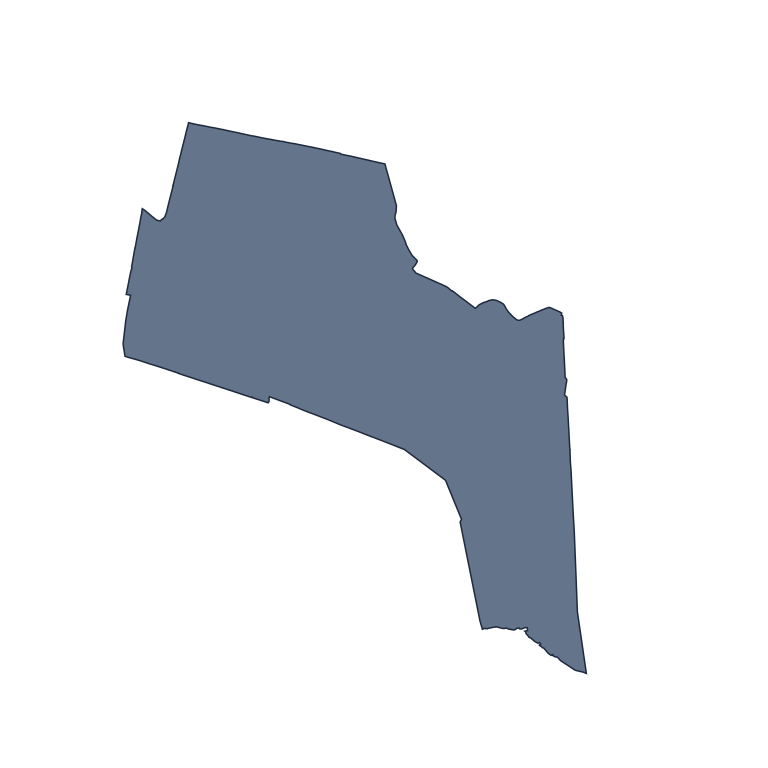 outline of General Escobedo, Nuevo León, Mexico, rotated 199°
{"feature_id": "50627088B66612290562177", "entity_name": "General Escobedo", "entity_type": "district", "adm_level": 2, "iso_a3": "MEX", "parent_name": "Mexico", "parent_adm1": "Nuevo León", "projection": "mercator", "projection_center": [-100.353, 25.83], "detail": "fine", "context": "isolated", "style": "filled", "palette": "slate", "viewbox_px": 768, "rotation_deg": 199, "n_neighbors": 0, "source": "geoboundaries", "source_scale": "gbopen_adm2", "svg_char_len": 6049}
<svg xmlns="http://www.w3.org/2000/svg" viewBox="0 0 768 768"><g transform="rotate(199 384 384)"><path d="M98.4,176.2L126.9,231.4L156.2,306.8L162.8,322.8L177.3,358.9L177.5,359.5L179.4,364.1L181.3,368.4L183.4,373.5L186.6,382.0L186.6,382.5L186.8,382.8L187.0,382.9L187.5,383.9L195.1,402.7L195.5,403.6L199.5,413.5L202.1,419.6L205.6,428.6L206.7,431.1L206.9,431.2L207.1,431.3L209.1,432.1L209.4,432.2L209.6,432.5L209.8,432.8L210.9,438.8L211.4,441.1L212.2,446.2L212.5,447.3L212.7,447.7L213.2,448.2L214.6,448.9L214.8,449.1L215.0,449.5L217.3,455.4L219.9,461.9L226.1,477.2L228.5,483.3L228.5,483.7L229.0,485.5L228.6,485.7L229.0,486.7L229.8,488.6L231.5,492.6L233.1,496.5L234.3,499.7L234.2,499.7L234.7,500.8L236.5,505.2L236.8,505.7L237.5,506.7L238.7,506.7L239.0,508.9L240.5,509.2L241.2,509.4L241.5,509.4L242.3,509.5L242.8,509.5L244.7,509.7L246.5,509.8L249.3,510.1L249.7,510.2L251.0,510.2L251.4,510.3L252.2,510.2L253.0,510.1L253.4,509.9L254.0,509.3L254.3,509.1L254.7,508.9L255.0,508.6L255.3,508.4L256.0,507.9L256.3,507.6L256.6,507.3L256.9,507.0L257.2,506.7L257.5,506.5L258.1,506.0L258.4,505.7L258.8,505.5L259.1,505.2L259.4,504.9L260.3,504.0L260.8,503.5L262.4,502.2L263.2,501.5L263.4,501.2L263.7,501.0L264.0,500.8L264.2,500.5L264.5,500.1L264.8,499.9L265.5,499.4L265.8,499.2L266.1,498.9L266.4,498.6L266.7,498.3L267.6,497.5L268.2,496.9L268.6,496.7L268.9,496.4L269.2,496.1L269.6,495.4L270.1,494.8L270.4,494.5L271.4,493.7L272.5,492.5L273.1,491.9L273.6,491.2L274.2,490.6L274.4,490.3L275.1,489.8L275.4,489.5L275.6,489.2L275.9,488.9L276.3,488.6L276.6,488.4L277.4,488.1L277.7,488.0L278.6,487.9L279.7,488.0L280.0,488.1L280.4,488.3L280.7,488.4L281.4,488.6L282.2,489.0L283.0,489.2L283.4,489.3L283.7,489.5L284.1,489.7L284.8,490.1L285.6,490.3L286.6,491.0L287.0,491.1L287.7,491.5L288.1,491.7L290.2,492.9L290.6,493.2L291.2,493.7L291.9,494.1L292.3,494.4L292.9,494.9L293.2,495.1L293.5,495.4L293.8,495.7L294.1,496.0L294.4,496.3L295.6,497.4L296.3,497.9L296.6,498.1L297.0,498.4L298.1,498.7L299.0,498.9L299.3,499.0L299.7,499.1L300.2,499.2L300.6,499.2L301.8,499.3L303.0,499.5L304.3,499.6L304.7,499.6L305.5,499.6L305.9,499.6L306.7,499.4L307.5,499.3L307.9,499.2L308.3,499.1L309.5,498.6L309.8,498.4L310.5,498.0L311.2,497.6L311.6,497.3L312.0,497.0L312.8,496.3L313.4,495.7L313.7,495.4L314.0,495.2L315.7,493.9L316.0,493.7L317.0,492.9L317.8,491.9L318.1,491.7L318.7,491.1L319.5,490.2L319.8,489.9L320.6,488.4L320.9,487.6L321.4,486.6L321.8,486.1L322.3,485.3L330.7,488.0L333.5,489.0L335.2,489.5L339.9,491.0L343.5,492.3L345.2,492.8L345.8,493.1L347.4,493.6L349.7,494.3L349.8,494.1L351.7,494.5L352.6,495.0L353.7,495.4L353.9,495.5L355.5,496.1L355.8,496.1L356.7,496.3L357.0,496.4L357.8,496.5L360.2,496.7L382.8,498.7L390.0,499.3L392.2,500.8L393.5,501.4L394.2,501.9L394.7,502.6L393.1,507.1L392.6,509.5L392.4,510.8L393.2,511.8L394.4,512.3L399.2,514.7L403.8,518.5L407.9,522.5L411.0,526.5L415.4,531.2L423.7,538.6L427.7,544.4L428.5,547.5L428.6,550.6L430.3,556.7L454.8,592.4L461.4,591.6L468.8,590.8L488.8,588.7L489.0,588.7L490.2,588.5L494.8,587.9L499.6,587.3L499.9,587.6L500.1,587.7L500.5,587.8L508.3,586.9L508.3,587.0L509.1,586.9L510.2,586.7L515.1,586.1L520.1,585.6L520.3,585.6L545.4,582.3L548.1,581.9L551.0,581.3L553.0,581.1L554.5,580.8L557.0,580.6L558.0,580.5L559.1,580.3L560.7,579.9L562.8,579.6L564.5,579.3L567.2,578.9L571.5,578.3L573.1,578.0L577.2,577.4L579.2,577.1L585.0,576.4L587.9,576.0L590.6,575.5L604.6,573.9L610.0,573.2L615.8,572.5L618.7,572.2L621.4,571.8L624.5,571.4L627.5,571.0L630.5,570.5L637.0,569.6L638.3,569.5L644.5,568.5L649.5,567.9L653.9,567.5L653.9,567.1L653.8,566.4L653.7,566.2L653.1,557.9L652.6,553.1L652.6,552.8L652.3,549.5L652.3,549.2L651.9,544.8L651.9,544.5L651.5,539.7L651.3,537.6L651.2,537.3L650.7,530.6L650.1,525.6L649.2,515.4L648.1,502.5L647.9,502.6L647.2,494.1L646.8,489.1L645.5,474.5L645.5,474.2L645.5,473.8L645.6,473.5L645.6,471.1L646.0,469.8L646.3,469.0L647.2,467.7L647.7,467.3L647.9,467.0L648.8,465.1L650.2,465.1L650.5,465.1L650.9,465.1L651.4,465.0L651.8,465.1L652.2,465.0L652.6,465.0L653.2,465.2L654.0,465.5L654.3,465.6L654.8,465.8L655.8,466.2L656.6,466.5L657.1,466.6L660.2,467.8L662.3,468.7L663.5,469.1L664.6,469.5L666.0,470.1L669.6,471.1L669.5,469.9L669.2,468.8L669.0,467.6L669.0,467.4L668.8,467.1L668.7,467.0L668.5,466.7L668.6,465.9L668.4,464.0L668.1,461.7L667.5,458.3L667.3,457.1L667.0,454.8L666.7,452.5L666.5,451.3L665.6,445.0L665.5,444.0L665.0,440.5L664.1,435.0L664.0,433.8L663.8,432.7L663.6,431.5L663.8,431.5L660.8,412.8L660.4,411.7L660.0,411.3L660.0,410.5L660.2,410.0L659.7,405.2L659.0,399.8L658.6,397.3L658.2,394.4L656.9,384.8L652.5,385.4L650.5,369.9L648.8,359.7L643.8,337.2L642.9,335.2L637.9,325.9L635.1,325.9L631.6,326.1L628.7,326.3L622.6,326.6L622.0,326.6L613.5,326.7L599.3,327.1L581.9,327.3L581.9,327.1L581.6,327.1L576.0,327.1L567.9,327.3L563.9,327.3L560.0,327.4L558.0,327.4L545.5,327.6L517.9,328.0L507.6,328.1L505.4,328.2L504.7,328.7L504.5,328.2L487.4,328.5L487.2,328.8L487.1,329.3L487.0,329.9L487.1,330.3L488.3,334.0L488.3,334.5L488.1,334.7L487.7,334.7L481.6,334.5L467.8,334.2L467.3,334.3L466.8,334.2L466.4,334.1L466.3,333.9L466.2,333.9L465.3,333.7L457.9,333.4L452.6,333.0L445.6,332.7L440.2,332.6L437.9,332.5L428.5,332.2L411.5,331.2L396.5,330.8L381.8,330.2L378.5,330.1L369.3,329.8L343.4,328.7L294.5,313.0L270.1,285.2L269.7,284.8L266.7,281.3L266.6,281.0L266.7,280.9L267.1,278.3L216.0,191.0L211.1,184.1L209.2,185.9L208.2,185.7L207.1,186.2L206.3,186.3L206.0,186.9L203.3,188.4L200.6,190.1L199.5,190.4L198.5,191.0L196.8,191.1L195.8,191.2L192.3,191.5L191.0,191.8L188.8,193.1L186.1,192.8L185.0,193.1L183.8,193.2L182.2,193.5L180.8,193.8L179.9,194.7L178.8,196.1L177.2,197.3L175.8,196.6L173.8,197.4L171.2,199.7L169.1,200.1L168.0,197.6L170.4,196.1L169.2,195.6L168.5,194.3L165.4,192.5L164.5,191.7L162.0,191.5L160.6,190.6L159.1,190.4L158.2,189.7L154.1,189.0L152.9,190.3L151.2,189.1L152.2,187.8L151.9,187.4L150.1,187.1L148.2,186.2L146.9,186.3L141.1,182.8L137.7,181.8L136.6,183.0L135.9,182.8L136.1,182.2L133.4,181.7L132.3,181.9L131.2,182.2L127.0,179.9L111.3,175.9L110.0,175.6L106.4,175.9L101.9,176.4L98.4,176.2Z" fill="#64748b" stroke="#1e293b" stroke-width="1.5"/></g></svg>